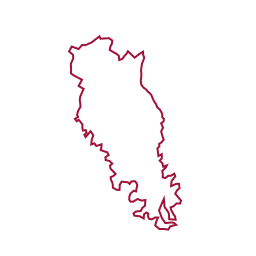 the district of Salgado Filho, Paraná, Brazil, rotated 208°
{"feature_id": "56859067B54894241849206", "entity_name": "Salgado Filho", "entity_type": "district", "adm_level": 2, "iso_a3": "BRA", "parent_name": "Brazil", "parent_adm1": "Paraná", "projection": "natural_earth1", "projection_center": [-53.439, -26.139], "detail": "fine", "context": "isolated", "style": "outline", "palette": "rose", "viewbox_px": 256, "rotation_deg": 208, "n_neighbors": 0, "source": "geoboundaries", "source_scale": "gbopen_adm2", "svg_char_len": 2460}
<svg xmlns="http://www.w3.org/2000/svg" viewBox="0 0 256 256"><g transform="rotate(208 128 128)"><path d="M99.7,150.4L100.5,152.8L102.9,153.7L104.4,156.5L108.2,159.1L111.9,160.0L114.4,162.2L117.0,163.5L119.9,165.6L122.8,168.0L125.2,169.0L127.5,169.4L130.1,170.5L133.4,171.0L136.5,172.4L138.7,175.3L140.2,179.1L141.7,182.3L143.4,184.6L144.6,187.8L145.8,191.3L146.2,194.6L146.7,197.8L149.0,199.7L150.5,202.4L152.5,199.2L155.2,193.2L164.1,195.7L164.2,192.5L165.0,189.8L165.4,186.5L167.6,183.9L170.0,187.4L172.9,188.1L175.7,188.1L180.8,188.3L181.8,191.6L181.8,195.0L183.0,197.9L187.1,198.3L194.2,193.9L196.2,195.5L200.5,186.1L202.0,184.3L204.6,181.0L207.5,179.8L208.7,174.5L215.9,173.5L216.0,167.9L210.9,166.8L209.0,163.7L208.8,160.6L208.6,157.8L206.0,153.5L204.0,149.4L199.9,148.9L191.3,149.0L191.3,141.9L185.6,141.7L184.9,133.2L183.9,130.3L181.5,127.0L179.9,124.4L180.1,120.0L179.2,115.7L177.3,114.4L179.1,111.1L176.4,109.9L175.4,112.1L169.9,109.8L168.6,107.1L166.6,104.6L164.3,106.3L162.4,104.4L163.3,101.5L161.2,100.1L160.4,103.4L159.6,107.6L157.5,106.6L155.1,105.1L154.6,101.0L152.7,96.2L150.5,98.7L147.6,97.2L145.9,98.9L143.7,101.2L142.6,98.8L141.7,95.7L138.8,96.1L135.0,96.8L132.4,95.1L134.2,91.6L132.7,89.2L128.9,90.2L125.2,89.2L126.3,86.3L124.2,83.8L121.9,83.1L117.4,81.6L118.4,78.7L120.2,76.5L119.0,74.5L116.5,72.7L114.9,70.9L113.3,68.2L109.2,68.1L106.4,69.3L108.6,74.0L108.4,77.7L104.7,79.1L102.6,80.0L100.3,79.4L99.9,82.4L96.9,84.3L94.7,83.4L92.9,81.8L92.0,78.2L91.1,75.8L93.6,75.2L95.0,71.3L94.7,68.3L93.2,65.2L91.1,64.1L88.8,65.5L86.2,69.8L81.8,70.3L78.9,72.6L76.5,67.4L77.9,64.0L77.7,60.8L79.6,59.4L81.8,58.0L83.1,55.2L81.3,53.6L79.1,54.4L76.2,55.6L71.7,55.5L73.3,59.4L72.0,62.1L69.9,61.9L69.1,59.6L66.7,57.7L64.1,58.5L61.9,61.8L59.4,63.1L59.3,59.7L58.2,54.6L56.1,54.2L52.7,53.6L49.3,55.5L44.8,57.2L44.5,61.1L40.0,65.1L42.9,65.8L44.9,65.2L50.4,61.6L55.8,64.4L61.9,69.8L62.5,75.1L63.0,82.1L58.6,75.4L54.0,73.2L51.8,71.7L48.8,66.8L42.9,69.4L45.0,72.1L47.0,72.9L51.1,75.7L53.2,77.9L51.1,80.1L49.7,84.2L46.6,85.7L47.0,88.7L55.5,92.2L55.4,95.8L54.3,99.2L56.8,102.7L59.3,101.2L62.7,96.9L64.6,101.6L63.6,107.6L65.7,109.4L67.7,106.0L70.2,104.5L71.6,101.3L74.2,100.7L75.3,103.1L77.6,106.3L76.1,110.5L76.2,113.2L78.7,110.3L80.9,113.0L84.7,114.0L83.9,117.1L85.9,120.7L88.0,117.5L89.8,120.2L92.4,123.7L91.7,126.8L93.1,128.6L91.8,130.8L91.0,134.5L94.1,137.3L97.1,140.5L97.2,144.7L100.9,147.7L99.7,150.4Z" fill="none" stroke="#9f1239" stroke-width="2"/></g></svg>